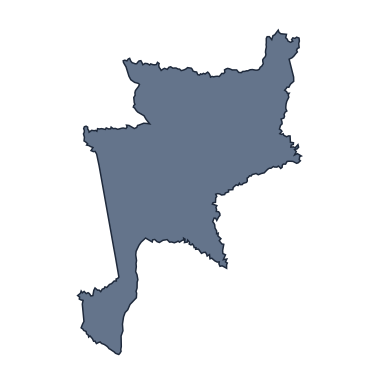 Soledade, Rio Grande do Sul, Brazil, rotated 348°
{"feature_id": "56859067B52528127445060", "entity_name": "Soledade", "entity_type": "district", "adm_level": 2, "iso_a3": "BRA", "parent_name": "Brazil", "parent_adm1": "Rio Grande do Sul", "projection": "robinson", "projection_center": [-52.521, -28.89], "detail": "fine", "context": "isolated", "style": "filled", "palette": "slate", "viewbox_px": 384, "rotation_deg": 348, "n_neighbors": 0, "source": "geoboundaries", "source_scale": "gbopen_adm2", "svg_char_len": 5706}
<svg xmlns="http://www.w3.org/2000/svg" viewBox="0 0 384 384"><g transform="rotate(348 192 192)"><path d="M290.6,148.7L292.4,145.3L294.3,144.1L294.6,142.1L294.3,139.2L297.2,138.8L298.2,137.3L298.2,135.2L299.8,133.2L301.6,132.5L301.1,130.2L301.4,128.4L302.3,125.6L303.5,123.1L306.4,119.4L306.3,117.0L307.6,115.6L305.8,115.3L305.4,113.5L303.8,111.7L305.6,110.4L306.8,109.2L308.5,109.7L310.7,107.0L312.7,105.9L314.5,104.9L315.3,100.7L314.6,82.3L318.0,81.4L320.1,80.1L322.2,78.3L324.2,76.9L323.7,75.1L325.0,73.5L326.8,73.1L327.0,71.3L327.3,68.9L328.4,66.7L328.7,63.7L326.5,62.3L324.7,63.2L322.7,62.2L321.1,63.7L321.9,65.4L319.5,66.1L317.3,64.3L316.9,62.3L315.7,60.6L317.2,57.4L311.8,55.7L310.3,54.0L310.0,51.6L305.5,55.5L303.7,55.9L301.7,59.6L299.9,56.1L297.8,55.7L296.6,57.2L296.1,59.5L295.7,61.6L295.1,63.3L294.9,65.6L293.6,68.4L292.9,70.6L292.9,72.7L292.1,74.5L291.0,75.5L289.7,76.3L288.6,77.5L288.4,79.2L288.4,81.3L286.5,83.3L284.5,84.3L283.4,85.9L281.5,86.4L279.7,86.1L278.0,85.4L276.6,84.8L274.2,84.5L271.8,85.1L270.4,84.8L268.7,85.0L266.8,84.6L264.9,85.5L262.5,84.7L261.1,81.9L258.4,81.3L256.8,81.0L254.5,79.4L252.6,78.5L251.0,78.7L249.2,79.3L249.0,81.8L247.5,82.7L245.8,82.2L244.0,83.7L242.7,84.7L240.7,84.0L238.7,83.8L237.2,83.9L235.6,83.1L234.0,83.5L233.9,81.6L233.3,79.6L232.3,78.0L230.9,78.6L229.4,79.3L227.8,78.3L226.1,79.0L224.9,78.2L223.7,79.2L222.0,78.4L221.5,75.6L219.6,74.9L218.1,73.9L217.8,72.1L217.0,70.7L215.6,70.2L213.5,69.4L212.1,70.2L210.5,70.7L208.5,71.0L206.6,71.0L205.4,69.2L203.9,68.8L202.2,67.4L200.7,67.1L199.0,66.9L197.2,65.1L195.4,65.2L193.3,66.9L190.8,65.3L188.8,65.9L187.1,66.7L186.6,65.0L185.8,63.3L185.8,60.9L186.6,59.5L185.2,58.0L183.7,59.9L181.6,59.8L180.2,59.3L178.2,58.1L177.0,59.0L175.1,57.2L172.8,56.4L170.4,57.3L170.0,55.3L169.3,52.9L167.4,52.8L165.8,53.9L164.6,55.0L163.1,54.8L161.6,53.8L160.3,53.1L159.3,51.2L158.8,48.3L157.4,48.6L155.6,50.2L153.7,49.1L152.0,49.3L151.9,50.9L152.4,52.7L153.5,55.9L154.4,65.7L155.5,69.5L158.7,72.9L161.9,74.5L163.0,75.8L161.7,77.6L157.8,81.0L156.8,83.0L156.5,85.6L154.7,87.4L154.1,92.5L154.4,94.5L153.1,95.2L152.2,96.8L153.3,97.9L154.4,100.7L155.6,102.6L160.9,107.4L162.2,111.4L164.8,116.6L161.9,115.5L159.1,114.7L154.2,115.5L152.6,115.6L151.3,117.4L148.8,117.9L144.2,113.8L141.8,113.0L142.0,115.0L140.6,116.2L138.0,115.1L136.0,115.0L133.9,115.2L132.3,115.2L130.3,113.9L128.0,113.6L126.4,111.7L125.6,113.3L123.6,113.0L121.4,111.5L120.3,112.8L116.7,111.2L114.4,111.1L112.8,110.4L111.6,112.8L110.5,111.7L109.0,111.7L106.7,110.8L103.8,112.1L103.8,110.4L103.1,109.0L103.4,106.8L102.1,105.6L100.3,105.8L99.2,107.5L99.5,109.3L99.1,111.1L97.9,112.6L98.2,116.0L97.0,119.6L98.3,120.8L99.9,123.1L98.7,124.2L100.9,125.2L102.1,126.4L104.4,127.9L101.8,130.5L103.9,132.0L105.7,132.2L106.6,135.1L106.6,146.8L106.2,159.2L104.3,216.9L103.9,228.7L103.6,239.3L102.8,260.0L101.5,261.0L99.6,261.4L99.5,263.3L97.3,262.9L94.3,264.9L92.0,265.3L88.8,267.7L87.1,266.7L85.9,268.2L84.1,268.3L82.0,270.5L80.7,268.6L79.2,268.4L77.2,265.7L75.5,267.8L73.5,272.7L71.5,272.7L70.5,270.0L69.4,268.9L67.4,269.4L65.8,266.8L63.8,267.8L63.0,265.8L61.8,267.9L58.6,269.5L60.2,271.4L59.5,273.3L61.0,274.5L62.9,275.4L61.4,278.8L59.4,296.1L57.4,298.6L55.3,301.8L56.7,303.3L57.3,304.9L59.4,306.4L59.4,308.8L60.8,310.4L60.8,312.4L62.3,311.6L64.1,314.8L64.7,317.5L66.1,317.7L67.0,320.4L69.1,319.8L71.0,319.6L72.0,321.3L74.4,322.8L76.5,324.9L77.5,326.3L78.3,328.0L79.5,329.0L80.8,330.4L82.6,332.2L83.6,333.8L84.8,334.6L86.6,335.7L87.9,334.8L89.5,333.1L89.6,331.2L90.7,328.5L92.7,318.1L95.6,313.4L96.5,306.8L99.1,299.9L101.5,296.0L104.7,293.8L108.0,289.1L115.6,283.9L116.8,279.5L116.6,277.6L118.3,274.5L119.6,268.8L120.8,266.6L121.0,261.4L120.3,258.3L122.0,253.5L122.4,250.2L123.5,247.6L123.9,241.8L125.0,238.4L129.1,233.0L131.9,230.4L137.0,227.4L142.7,232.6L143.6,230.6L145.7,230.7L147.5,233.3L149.6,234.6L153.5,233.2L157.8,233.4L159.6,236.4L161.6,236.6L164.1,238.0L166.3,237.7L168.2,237.2L169.3,238.5L172.5,237.2L174.0,237.3L174.2,235.5L175.4,236.7L174.1,239.9L177.0,240.0L177.8,238.2L179.1,240.6L178.4,242.3L180.0,243.6L181.6,242.9L182.5,245.0L182.5,246.9L184.3,247.3L183.7,248.8L186.5,249.3L188.5,254.0L190.8,253.5L192.6,253.8L193.3,255.6L193.5,257.8L196.1,256.9L195.7,261.1L197.6,260.9L199.9,264.0L202.1,265.8L204.1,266.1L203.4,267.8L203.9,270.5L206.2,270.5L210.0,273.8L210.7,270.3L211.8,268.8L210.2,267.3L212.1,264.8L208.6,264.7L211.7,260.4L209.4,258.6L209.8,255.6L212.2,249.8L210.4,249.0L208.5,245.3L210.6,243.7L208.2,240.3L209.1,237.7L207.4,237.9L208.0,235.2L207.0,232.0L207.4,228.7L207.0,227.2L206.1,225.3L208.2,222.1L209.7,222.6L210.3,225.0L213.0,221.8L214.5,220.7L214.7,218.7L213.9,216.8L211.7,216.1L212.4,214.2L212.2,212.0L213.5,210.5L209.4,208.0L210.4,206.8L212.8,207.0L214.0,202.6L215.3,201.5L214.7,199.1L216.7,198.9L218.6,199.6L220.3,201.1L223.4,201.3L224.4,199.9L227.8,199.5L228.1,197.6L232.4,198.2L233.3,196.1L236.7,194.2L238.4,195.2L240.1,193.3L240.6,194.8L242.6,195.2L243.9,194.2L247.3,193.9L248.4,192.7L248.8,189.9L250.3,189.3L251.6,188.1L253.1,188.7L254.6,187.4L256.4,187.4L258.5,187.2L260.4,188.9L263.8,188.3L266.6,188.3L270.6,185.6L272.6,184.8L274.1,185.2L276.9,184.0L278.0,184.8L280.3,185.3L281.8,184.6L282.9,185.9L283.7,187.4L285.3,186.6L285.9,184.6L287.1,183.7L289.3,184.2L291.3,181.9L292.8,182.0L295.5,182.6L297.2,183.1L298.6,184.3L300.3,185.7L302.0,185.5L304.5,184.0L303.6,182.7L304.7,179.8L306.4,179.5L303.0,176.4L300.0,177.1L302.4,174.2L301.2,171.8L303.7,171.7L305.6,170.4L305.5,167.7L302.0,170.2L300.6,169.0L298.0,168.6L298.8,166.8L301.0,166.6L301.5,164.9L298.6,163.8L299.6,157.6L298.2,157.2L296.0,157.6L293.6,155.7L293.3,154.0L291.7,154.3L290.0,153.2L292.6,151.3L291.9,149.9L290.6,148.7Z" fill="#64748b" stroke="#1e293b" stroke-width="1.5"/></g></svg>